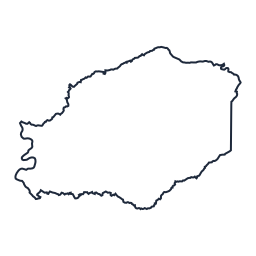 Tucumã, Pará, Brazil (Mercator projection)
{"feature_id": "56859067B53975647887344", "entity_name": "Tucumã", "entity_type": "district", "adm_level": 2, "iso_a3": "BRA", "parent_name": "Brazil", "parent_adm1": "Pará", "projection": "mercator", "projection_center": [-51.437, -6.813], "detail": "fine", "context": "isolated", "style": "outline", "palette": "slate", "viewbox_px": 256, "rotation_deg": 0, "n_neighbors": 0, "source": "geoboundaries", "source_scale": "gbopen_adm2", "svg_char_len": 5708}
<svg xmlns="http://www.w3.org/2000/svg" viewBox="0 0 256 256"><path d="M223.9,63.8L222.5,64.8L221.3,65.2L219.2,65.3L216.9,64.2L215.8,64.3L215.1,64.9L213.9,65.5L213.2,64.5L212.6,63.4L211.9,62.4L211.1,61.8L210.0,61.5L208.6,61.8L206.3,61.0L204.9,61.0L202.8,61.6L200.3,61.4L199.1,61.5L197.3,61.9L196.0,62.5L190.8,62.4L189.8,62.8L187.3,62.7L186.1,62.8L184.1,62.4L183.1,62.4L181.2,61.4L179.4,59.5L174.3,57.3L173.0,56.6L171.1,54.4L170.2,53.3L169.9,52.3L169.7,51.3L169.3,50.3L168.4,49.6L167.8,48.6L166.8,47.9L165.6,48.0L163.5,47.4L161.2,46.9L159.7,47.3L158.7,47.2L157.5,47.4L156.4,47.9L154.3,48.7L154.1,49.7L153.1,50.0L152.1,50.8L150.1,51.0L149.4,51.9L147.3,52.5L145.3,53.7L144.4,54.4L144.0,55.3L142.9,55.0L142.1,54.2L141.3,54.9L140.7,55.9L139.5,56.1L138.3,57.4L137.3,57.7L134.8,57.9L134.2,58.7L133.2,59.1L132.2,59.9L131.9,61.0L130.9,61.7L130.2,60.6L128.1,61.5L127.1,61.6L126.7,62.7L125.8,62.2L124.9,62.8L123.7,63.2L122.9,63.8L121.7,64.2L120.9,64.8L119.8,66.3L118.0,67.7L117.3,68.5L115.2,68.7L113.2,69.7L112.1,69.4L110.8,69.5L109.9,70.0L107.5,70.5L105.4,70.3L105.5,71.5L105.4,73.0L104.8,74.0L103.5,73.6L103.6,72.0L98.7,71.3L97.6,71.5L95.7,71.4L94.6,72.0L94.0,73.2L93.3,73.9L92.3,73.9L90.5,76.5L89.5,76.6L88.1,76.5L86.6,77.8L85.6,77.4L84.9,78.2L84.1,78.8L83.1,79.1L82.2,79.7L81.1,79.9L80.7,82.2L79.6,81.9L77.5,82.7L77.1,83.9L74.7,86.0L74.0,86.8L72.8,86.7L71.8,85.9L71.0,85.0L70.0,84.3L69.3,85.1L69.6,86.4L69.1,87.4L70.1,87.7L70.6,88.6L69.9,89.5L69.1,90.1L68.8,91.1L67.9,92.0L68.7,93.0L68.7,94.2L68.5,95.1L68.9,96.3L68.9,97.4L67.8,98.3L66.7,97.8L65.7,98.3L66.7,99.4L67.4,102.6L68.1,103.5L68.4,104.8L68.3,105.9L67.1,106.5L66.1,106.3L65.1,107.2L63.8,107.6L63.4,109.1L63.8,110.2L63.4,111.3L62.0,113.1L61.0,113.7L60.2,114.7L59.2,114.0L58.3,113.6L57.3,113.6L55.9,113.9L53.4,117.0L52.3,117.4L52.2,118.7L51.5,119.4L49.8,120.6L48.6,120.6L47.4,120.1L46.4,120.8L45.9,121.8L44.9,121.9L44.4,122.8L43.4,123.6L42.8,124.8L41.9,125.8L40.7,125.7L38.1,125.3L37.1,125.5L36.1,126.0L35.2,125.7L34.0,125.1L32.9,124.7L31.6,124.7L30.7,124.1L30.1,123.0L29.2,122.2L28.4,123.0L27.3,123.8L26.0,123.7L24.9,123.1L22.5,122.2L21.4,121.5L20.0,123.1L21.1,125.7L22.1,127.3L22.5,128.2L22.6,130.0L22.2,131.1L21.6,132.0L21.1,133.0L20.9,134.5L21.3,135.9L21.7,136.9L23.6,138.6L24.8,138.7L27.4,138.3L28.4,138.4L29.5,138.6L31.1,139.4L32.0,140.2L32.4,141.1L32.3,142.1L32.0,143.6L32.3,146.8L31.5,148.1L29.3,149.6L28.4,150.5L28.2,151.9L27.7,152.7L24.3,155.0L23.1,156.0L21.9,157.3L21.8,158.3L22.3,159.6L23.4,160.1L25.7,159.9L26.9,159.7L29.0,158.3L30.4,157.7L32.0,157.4L33.6,157.6L34.9,158.4L35.4,159.8L35.5,161.9L35.2,163.5L34.3,166.6L33.7,167.6L32.6,168.3L30.3,168.7L29.0,168.6L27.9,168.7L26.2,169.8L23.7,169.0L22.1,168.6L21.0,168.8L19.6,169.5L18.3,170.8L16.7,173.1L15.7,175.3L15.4,177.0L15.7,178.6L16.9,179.4L19.8,180.6L20.9,180.8L22.1,180.9L23.7,182.9L24.1,184.3L25.5,186.6L26.6,187.5L27.6,187.9L28.3,188.7L29.5,190.4L29.8,191.5L29.6,192.6L32.3,195.3L33.0,196.3L34.1,197.0L35.0,197.8L35.8,199.0L37.0,198.9L38.0,198.5L39.0,198.4L39.9,198.1L40.4,197.1L39.2,196.5L38.4,195.8L37.1,194.9L37.4,194.0L39.4,192.4L40.2,191.5L40.8,190.2L44.6,192.7L46.8,192.4L47.3,193.7L48.3,193.9L48.8,192.9L49.9,191.5L52.5,192.5L55.0,193.0L57.0,193.9L58.1,194.2L58.8,195.1L60.1,194.7L60.9,193.8L61.6,192.7L62.8,193.0L64.7,194.5L65.4,193.8L66.5,193.8L67.6,193.4L68.6,194.2L69.5,192.9L70.7,192.7L70.6,193.9L72.7,194.1L73.3,195.1L74.4,197.3L75.2,198.4L76.1,198.4L77.4,198.1L78.3,197.5L78.8,196.6L79.7,195.8L79.0,194.9L80.1,194.2L80.9,194.9L81.6,194.1L83.0,194.2L83.7,193.3L84.0,192.2L85.1,192.1L86.1,192.3L87.2,192.2L87.8,193.2L88.6,193.9L89.6,193.0L90.9,192.6L92.1,192.0L92.5,193.1L94.8,194.0L95.1,192.7L96.3,192.5L97.2,193.3L98.5,194.0L99.6,194.1L100.4,195.0L101.3,195.7L102.4,195.2L102.5,194.1L102.8,193.1L105.8,191.5L106.9,192.1L107.7,192.7L109.7,192.5L110.8,193.0L110.6,194.0L110.7,195.2L111.5,195.8L113.3,194.7L114.2,195.2L115.5,193.7L116.5,195.1L118.1,196.7L119.3,197.2L121.2,198.5L122.0,199.2L123.0,199.6L123.4,201.8L124.6,202.6L126.3,202.8L127.4,202.2L128.4,202.3L129.4,203.0L130.5,202.8L131.5,203.0L132.0,204.0L133.0,204.4L133.7,205.4L134.9,205.2L135.0,206.4L135.4,207.5L136.3,208.3L137.4,208.5L138.7,208.1L139.7,208.2L140.5,209.1L141.4,208.5L142.4,209.0L143.6,208.8L144.7,208.1L146.8,209.0L148.0,208.3L149.3,208.4L151.0,207.7L151.6,206.7L153.8,206.3L154.0,205.2L154.8,204.5L154.8,203.4L155.9,203.5L156.3,200.6L157.8,199.8L158.8,198.7L160.1,199.3L160.9,198.4L161.0,195.9L161.6,195.0L162.7,194.2L163.4,192.8L164.2,192.0L165.8,192.2L167.9,191.5L169.4,190.8L171.0,189.2L171.4,187.9L172.6,187.6L172.5,186.5L173.3,185.6L174.4,185.3L175.1,184.4L174.6,183.2L175.2,182.3L175.4,181.3L176.6,181.8L177.5,181.4L178.6,181.7L179.5,181.3L182.1,181.4L183.1,180.4L184.2,180.6L187.8,178.2L189.3,177.9L190.4,177.9L191.2,177.1L192.4,177.4L193.7,177.4L194.8,176.6L195.6,177.6L196.5,178.3L197.1,177.4L197.1,176.4L198.0,176.0L199.2,175.6L199.9,174.6L200.4,173.6L201.7,171.5L203.1,170.3L203.8,169.4L204.2,168.5L205.0,167.9L204.8,166.8L206.0,166.2L206.5,165.4L208.3,163.6L208.8,162.6L211.8,162.3L212.5,161.4L213.5,160.9L214.5,161.0L215.5,160.6L216.5,159.9L217.5,159.0L220.0,155.1L222.2,154.7L224.7,154.6L225.2,153.8L229.7,151.3L230.9,150.3L231.3,105.2L231.4,101.7L232.3,101.0L233.7,99.0L234.6,98.0L235.6,97.3L236.5,96.3L237.0,95.3L237.2,94.0L236.7,93.0L236.9,91.7L235.4,91.4L236.1,89.4L236.8,88.6L237.2,87.4L238.6,85.1L240.0,83.5L240.6,82.6L240.2,81.5L239.5,80.7L238.9,79.3L238.5,77.2L237.8,75.9L236.5,74.9L235.3,74.6L234.0,74.6L233.5,73.8L232.5,73.3L230.9,72.1L229.6,72.1L228.3,71.5L228.3,70.4L228.5,69.1L227.9,68.1L226.8,68.0L225.7,68.4L225.1,69.2L224.1,69.7L221.8,69.2L221.0,68.7L221.0,67.5L221.8,66.6L222.9,66.4L223.8,66.0L224.3,65.1L223.9,63.8Z" fill="none" stroke="#1e293b" stroke-width="2"/></svg>